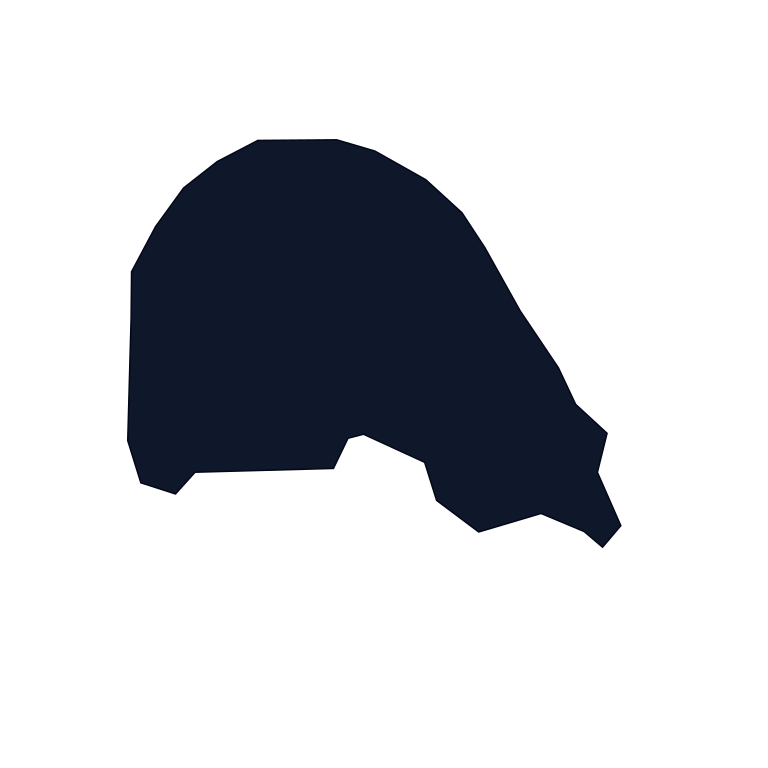 an SVG outline of Swindon, rotated 118°
{"feature_id": "GBR-2756", "entity_name": "Swindon", "entity_type": "Unitary Authority", "adm_level": 1, "iso_a3": "GBR", "parent_name": "United Kingdom", "parent_adm1": "", "projection": "albers", "projection_center": [-1.714, 51.571], "detail": "fine", "context": "isolated", "style": "filled", "palette": "ink", "viewbox_px": 768, "rotation_deg": 118, "n_neighbors": 0, "source": "natural_earth", "source_scale": "10m", "svg_char_len": 555}
<svg xmlns="http://www.w3.org/2000/svg" viewBox="0 0 768 768"><g transform="rotate(118 384 384)"><path d="M397.9,108.4L425.5,114.4L420.3,138.1L424.6,184.6L470.2,230.9L462.1,282.9L434.1,311.3L438.0,378.6L448.8,390.3L482.3,389.0L550.6,509.4L579.0,516.5L585.4,552.3L554.3,583.7L501.8,609.8L445.2,637.9L403.4,659.6L352.2,659.6L305.0,653.0L265.9,635.7L228.2,609.8L190.6,540.4L182.6,501.4L184.0,443.0L196.2,395.5L216.4,358.7L255.5,298.1L287.8,237.6L312.0,205.2L322.8,163.9L361.8,154.1L397.9,108.4Z" fill="#0f172a" stroke="#020617" stroke-width="1.5"/></g></svg>